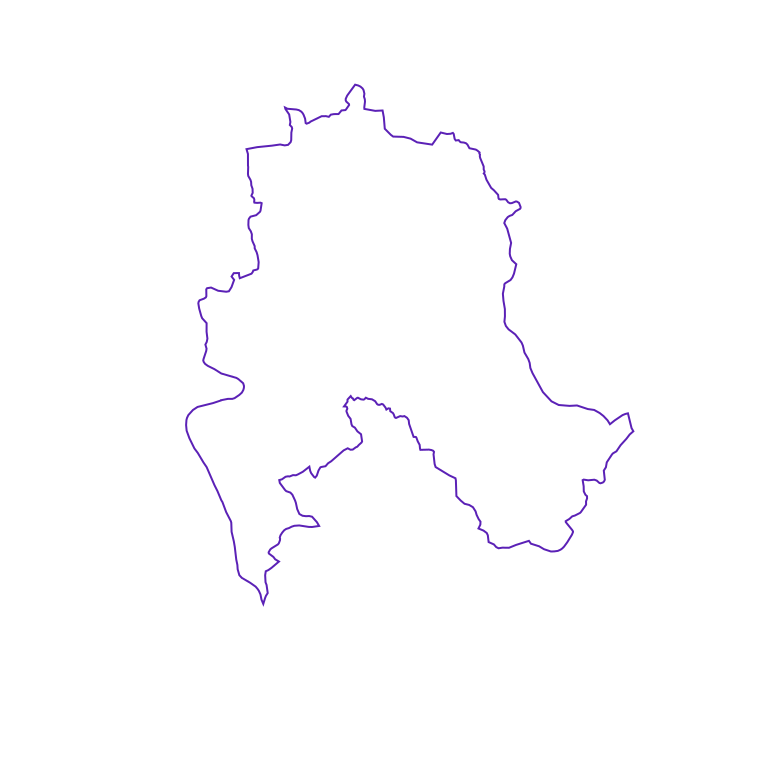 Mai Chau, Hòa Bình, Vietnam, rotated 211°
{"feature_id": "81297802B54863694878388", "entity_name": "Mai Chau", "entity_type": "district", "adm_level": 2, "iso_a3": "VNM", "parent_name": "Vietnam", "parent_adm1": "Hòa Bình", "projection": "orthographic", "projection_center": [105.025, 20.716], "detail": "fine", "context": "isolated", "style": "outline", "palette": "violet", "viewbox_px": 768, "rotation_deg": 211, "n_neighbors": 0, "source": "geoboundaries", "source_scale": "gbopen_adm2", "svg_char_len": 6166}
<svg xmlns="http://www.w3.org/2000/svg" viewBox="0 0 768 768"><g transform="rotate(211 384 384)"><path d="M562.9,625.7L564.1,612.3L563.7,608.8L563.0,607.5L561.9,606.7L558.2,605.9L557.6,605.2L558.0,599.5L558.2,598.9L561.3,596.6L562.0,592.0L566.0,589.5L568.3,587.5L568.9,584.6L571.7,583.7L575.4,581.4L582.1,571.1L582.6,569.6L584.4,567.3L585.5,567.3L588.3,570.8L591.8,573.5L593.8,574.5L595.5,574.9L598.1,574.9L600.6,574.1L608.5,570.2L611.2,570.0L610.2,569.0L604.1,566.2L599.2,560.4L598.1,557.5L595.5,556.8L594.3,555.7L592.9,551.8L589.1,545.2L588.6,543.2L589.4,539.6L592.0,537.4L596.4,535.8L602.8,530.6L614.7,521.7L622.8,514.5L619.1,511.1L613.1,501.2L612.2,500.1L608.8,494.0L607.5,492.4L603.6,490.2L602.0,488.8L600.1,486.0L597.2,483.6L595.0,480.2L594.7,477.2L594.3,476.8L591.1,476.2L590.0,475.1L589.1,473.2L588.5,472.7L586.0,473.9L583.3,475.8L582.0,476.0L579.1,468.9L579.0,467.7L580.5,462.9L584.6,458.7L584.9,456.2L584.6,454.8L582.2,450.5L580.2,448.0L576.8,446.3L574.4,444.3L572.1,440.4L570.2,438.6L565.9,435.6L564.7,433.7L561.1,431.4L558.8,429.3L554.2,423.9L551.4,418.3L551.5,417.2L552.2,416.3L554.5,414.0L554.2,412.2L554.4,410.3L562.1,400.4L563.9,402.2L565.5,404.4L569.9,401.6L570.0,397.6L566.1,396.1L564.6,388.5L564.7,383.6L566.8,381.8L574.2,378.5L581.9,377.6L585.0,375.0L585.1,373.6L581.5,367.8L581.3,366.5L582.3,364.4L585.2,360.8L585.2,358.9L584.7,357.5L581.3,353.5L575.6,348.1L573.7,346.7L567.4,344.8L563.0,337.4L558.7,331.9L557.6,328.7L557.4,325.8L554.3,322.9L553.4,320.7L551.5,312.3L551.0,311.0L549.8,310.0L547.7,309.1L544.4,308.8L537.0,309.4L528.9,309.2L513.7,313.2L511.5,313.2L505.1,312.1L503.0,310.2L502.1,308.5L501.5,306.4L501.4,303.4L502.4,300.1L504.8,294.9L506.4,293.1L510.1,290.9L515.4,286.1L515.3,285.9L520.8,279.5L532.0,268.3L534.4,263.3L535.7,256.6L535.4,253.5L534.8,251.4L532.5,246.9L529.1,242.3L522.9,237.3L513.3,231.1L508.1,229.0L498.4,223.8L493.2,221.4L477.1,209.9L471.7,206.5L463.5,200.5L461.7,199.6L453.3,192.9L444.7,187.6L443.5,186.5L438.5,178.8L431.7,171.8L428.0,167.5L420.2,157.4L416.5,153.4L414.0,149.8L409.5,145.6L406.0,144.6L396.4,144.7L389.7,144.2L387.0,143.3L384.8,142.3L381.5,140.0L378.0,136.1L374.2,133.3L375.7,139.3L376.1,141.7L376.0,144.9L381.2,151.3L383.4,153.0L387.4,158.9L388.9,162.6L387.3,164.9L385.8,168.3L382.6,177.7L387.0,177.7L389.7,178.8L395.4,179.4L396.2,180.3L396.3,183.5L395.8,185.1L392.3,191.9L392.1,193.3L392.7,196.5L393.4,197.9L394.2,198.5L394.8,201.0L394.7,204.3L394.2,207.3L393.2,209.4L391.3,211.5L389.7,214.1L387.8,216.3L383.8,219.1L375.0,222.7L372.0,224.4L366.5,228.9L370.3,231.0L377.3,233.2L380.1,232.3L382.8,230.5L386.0,229.1L389.6,229.0L394.0,232.1L398.3,236.7L400.2,238.3L405.5,241.9L408.3,242.7L412.6,241.8L414.3,242.2L422.3,245.5L424.3,247.7L422.4,249.7L420.6,253.8L418.8,255.4L417.3,256.1L415.1,259.0L412.5,260.4L411.4,261.9L408.4,266.9L405.4,274.7L402.6,271.6L400.6,270.1L396.1,268.3L394.8,268.3L394.4,270.8L395.6,276.2L395.6,279.7L395.2,280.4L391.8,283.4L391.1,287.3L389.5,290.5L384.4,306.3L382.0,310.2L378.9,310.4L377.0,311.7L375.6,315.1L374.6,316.5L374.2,318.7L373.1,322.3L373.2,323.5L377.8,329.1L382.4,329.7L386.5,331.6L389.5,331.6L391.1,332.7L394.7,336.9L398.3,338.3L402.0,341.1L402.5,342.0L402.7,343.9L403.9,345.1L404.8,345.2L406.7,344.2L406.2,350.1L407.2,351.7L407.2,352.2L406.3,356.5L404.5,355.6L403.2,355.6L402.0,354.8L401.2,354.8L399.8,358.3L399.3,358.8L395.9,359.0L393.6,360.0L393.0,360.7L392.5,362.9L390.0,363.1L386.4,364.7L382.7,364.7L379.5,363.2L378.3,363.2L377.0,363.9L375.6,365.8L374.2,366.0L370.4,364.5L368.8,363.3L367.7,365.4L366.2,366.0L364.6,363.9L361.4,363.7L359.9,362.9L357.9,361.2L356.8,360.9L356.2,361.1L353.6,364.8L351.2,365.8L350.0,367.0L346.9,366.9L344.2,365.7L341.9,362.7L331.4,353.9L329.4,355.0L328.6,354.7L325.5,352.2L322.1,350.2L319.8,347.1L318.9,346.3L311.7,350.9L309.4,351.8L307.5,352.1L306.2,351.6L305.3,349.2L299.4,341.5L297.0,339.4L280.8,339.3L274.2,340.0L272.8,338.5L264.2,325.2L258.2,323.6L253.3,322.8L248.7,324.2L244.3,324.2L239.9,322.0L237.2,319.5L233.2,316.9L230.4,315.7L229.0,313.1L228.6,308.8L223.2,309.6L219.2,309.2L217.1,307.8L212.9,302.4L207.2,303.1L203.8,302.0L201.2,302.2L198.2,304.7L192.5,308.0L187.9,314.1L179.0,324.2L175.8,322.8L167.4,324.8L161.8,324.8L154.7,326.4L152.0,328.1L149.0,330.5L147.3,333.0L146.5,334.9L145.9,337.3L145.4,342.7L145.3,351.6L145.7,354.3L146.1,355.0L147.6,355.8L157.0,359.2L157.6,360.0L155.6,363.8L154.5,367.5L152.6,369.6L149.6,374.4L149.3,375.5L148.6,384.6L150.4,387.5L151.0,390.5L152.2,392.4L154.3,392.8L157.4,394.8L160.2,399.2L164.2,403.9L163.6,404.9L159.4,406.6L154.4,410.3L151.9,410.8L148.4,410.1L147.3,410.4L145.7,412.2L145.2,413.7L145.4,415.6L151.0,423.0L150.9,426.9L152.7,431.6L152.3,441.1L152.0,442.5L150.1,446.0L149.7,453.4L148.0,461.9L147.4,467.3L145.9,471.9L149.1,473.7L159.8,484.5L161.7,482.6L163.5,480.2L167.5,471.6L169.6,465.9L173.7,468.0L179.4,469.6L184.2,470.2L190.5,470.0L196.4,467.5L207.5,465.0L213.7,460.8L223.4,456.0L231.5,455.4L243.6,458.9L262.3,469.8L266.8,473.1L270.0,477.1L273.2,479.7L279.8,483.3L284.7,488.4L287.5,490.4L297.0,494.1L305.4,495.0L309.4,496.5L312.8,499.3L315.2,504.3L319.0,510.5L324.4,516.8L328.6,522.6L331.1,529.5L332.0,531.0L332.2,532.0L331.9,533.0L329.1,538.3L328.8,541.5L329.4,545.5L332.3,554.8L338.1,556.0L341.5,558.4L343.3,560.4L345.6,564.6L347.7,570.4L358.4,580.6L363.8,583.9L364.4,586.9L363.9,590.8L362.9,592.8L361.1,595.0L360.1,599.9L357.6,604.2L357.6,605.2L358.1,606.1L361.6,608.8L364.1,608.8L365.0,608.4L367.6,604.9L369.1,603.8L371.2,603.7L374.1,604.9L375.3,604.8L379.5,602.0L380.9,601.8L381.6,602.3L383.6,604.9L389.7,606.7L393.2,607.3L401.4,611.9L405.4,615.4L406.9,615.8L406.8,616.8L407.3,618.0L409.0,619.2L410.6,621.8L418.0,627.3L419.2,628.6L419.9,630.1L421.0,630.7L421.3,631.7L424.2,632.2L426.1,632.2L432.2,630.1L435.8,632.2L437.8,632.6L439.9,632.1L442.6,630.8L443.6,630.8L445.6,631.5L447.9,629.7L449.7,630.5L453.0,634.2L454.3,634.7L455.8,632.8L458.8,630.7L464.9,628.8L466.0,614.0L480.1,608.2L487.6,608.0L494.5,605.9L503.6,600.8L506.5,601.1L514.8,603.2L521.5,612.5L526.1,617.7L532.2,613.6L542.5,609.7L543.4,611.0L545.7,616.2L547.1,618.2L549.2,620.0L550.3,622.7L552.9,625.4L554.6,626.3L557.3,626.8L559.8,626.6L562.9,625.7Z" fill="none" stroke="#5b21b6" stroke-width="2"/></g></svg>